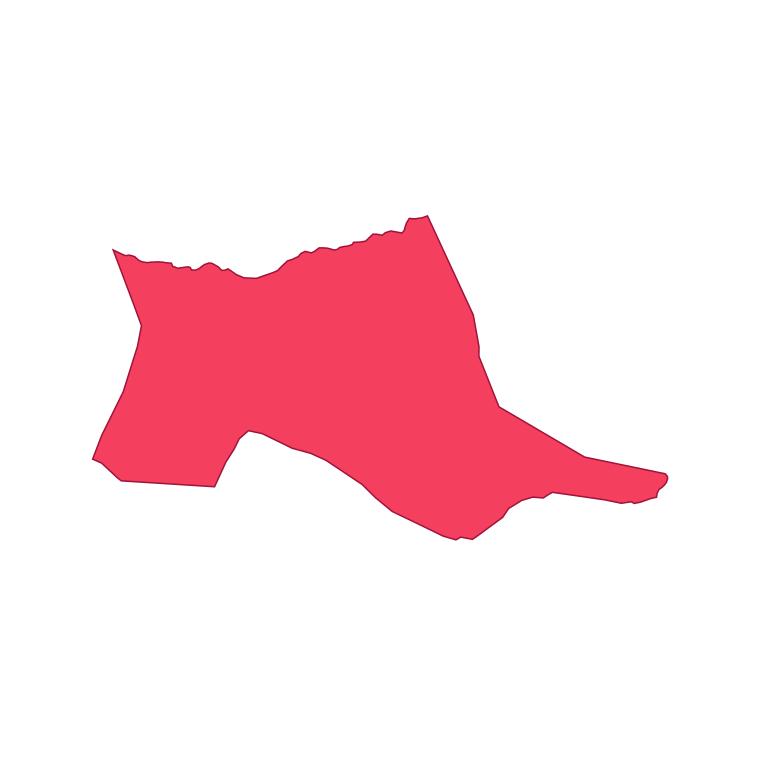 Bossembélé, Ombella-M'Poko, Central African Republic, rotated 288°
{"feature_id": "33826404B7214769303301", "entity_name": "Bossembélé", "entity_type": "district", "adm_level": 2, "iso_a3": "CAF", "parent_name": "Central African Republic", "parent_adm1": "Ombella-M'Poko", "projection": "equal_earth", "projection_center": [17.729, 5.164], "detail": "fine", "context": "isolated", "style": "filled", "palette": "rose", "viewbox_px": 768, "rotation_deg": 288, "n_neighbors": 0, "source": "geoboundaries", "source_scale": "gbopen_adm2", "svg_char_len": 1716}
<svg xmlns="http://www.w3.org/2000/svg" viewBox="0 0 768 768"><g transform="rotate(288 384 384)"><path d="M385.5,679.3L376.5,597.4L397.8,500.4L439.7,465.7L448.9,462.8L477.2,447.6L557.3,373.4L553.8,368.8L550.5,362.0L549.3,356.9L544.1,355.6L539.3,355.6L536.2,355.8L533.2,354.5L532.2,347.3L531.6,343.1L528.3,338.5L524.9,336.3L524.3,331.2L523.1,327.2L519.7,325.3L514.2,322.4L511.8,317.8L509.3,311.2L506.9,310.8L503.9,306.8L502.8,304.2L500.1,299.6L497.6,298.0L496.1,295.4L495.7,288.2L494.7,284.2L493.4,280.2L489.0,277.2L486.3,274.5L485.8,268.1L482.6,264.7L478.7,263.1L474.2,258.3L471.2,254.1L463.5,249.9L459.2,247.9L455.8,244.2L445.0,229.9L441.7,218.1L442.4,209.9L445.3,200.1L443.0,197.4L441.9,194.5L444.2,190.2L445.6,183.1L445.0,180.1L442.1,176.3L439.3,174.3L436.4,172.3L434.0,169.5L433.0,165.6L434.9,163.8L434.9,161.4L432.9,157.2L430.3,151.9L430.6,149.1L430.6,146.7L433.2,144.5L431.9,138.9L431.5,135.7L430.3,131.3L428.1,125.3L426.3,121.4L425.5,116.7L425.7,113.2L427.2,109.3L428.0,107.8L428.1,104.2L427.7,101.4L426.3,98.9L426.3,96.3L427.8,85.0L382.9,120.9L364.6,135.3L343.7,137.9L296.0,138.4L247.9,131.4L222.5,130.1L221.5,139.9L212.4,159.4L210.7,164.0L233.9,254.6L260.7,257.7L276.2,261.7L287.1,263.2L297.7,269.5L299.2,283.5L294.5,316.5L295.4,335.7L293.5,352.4L281.7,394.2L273.2,411.2L265.3,431.2L260.2,468.8L257.6,487.2L258.0,500.6L262.1,504.3L262.9,510.7L263.6,516.1L267.3,519.0L293.9,538.1L304.1,541.0L315.9,551.0L322.3,560.3L324.9,570.8L329.6,574.5L333.0,577.6L337.7,604.6L342.1,630.1L343.9,646.6L348.4,655.6L347.7,658.8L350.7,664.2L357.5,673.1L360.5,678.2L364.5,677.5L368.7,678.2L371.4,680.2L374.5,681.9L377.7,683.0L381.6,683.0L383.7,682.1L385.5,679.3Z" fill="#f43f5e" stroke="#9f1239" stroke-width="1.5"/></g></svg>